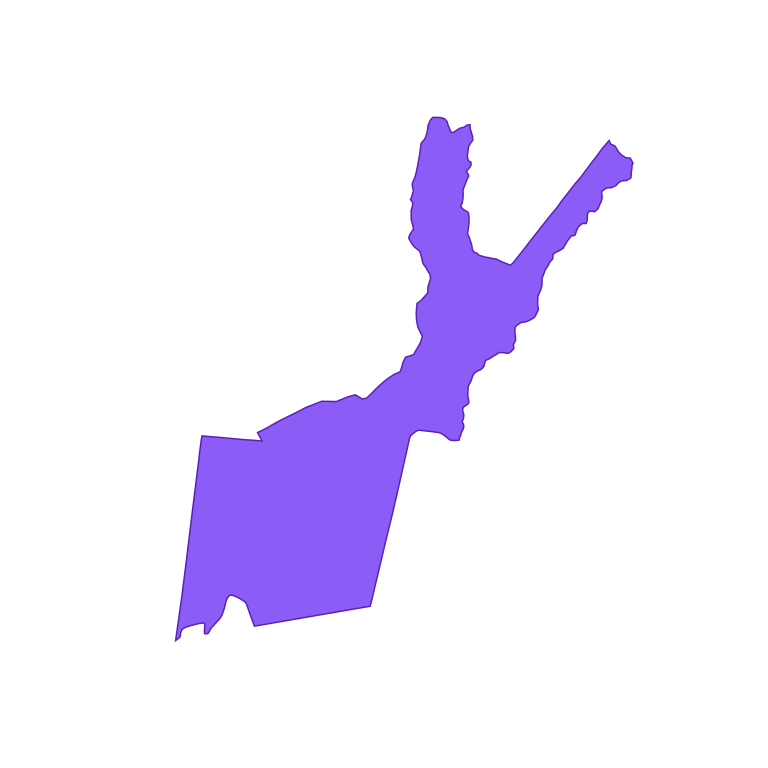 Borabu, Nyanza, Kenya, rotated 38°
{"feature_id": "3690345B58519462810575", "entity_name": "Borabu", "entity_type": "district", "adm_level": 2, "iso_a3": "KEN", "parent_name": "Kenya", "parent_adm1": "Nyanza", "projection": "albers", "projection_center": [35.021, -0.692], "detail": "fine", "context": "isolated", "style": "filled", "palette": "violet", "viewbox_px": 768, "rotation_deg": 38, "n_neighbors": 0, "source": "geoboundaries", "source_scale": "gbopen_adm2", "svg_char_len": 5432}
<svg xmlns="http://www.w3.org/2000/svg" viewBox="0 0 768 768"><g transform="rotate(38 384 384)"><path d="M411.5,53.6L411.0,63.3L411.3,74.5L411.3,80.2L411.7,100.1L411.3,108.9L411.3,117.0L411.3,130.4L411.7,137.7L411.5,144.9L411.3,149.6L411.2,175.8L411.2,181.4L411.3,193.3L411.2,200.6L411.2,207.7L410.6,212.6L406.3,213.8L402.9,214.8L399.5,215.6L395.3,216.5L392.3,218.3L388.7,220.0L385.7,221.7L382.5,222.9L380.1,224.0L376.6,223.7L373.7,224.7L370.7,223.5L367.6,220.5L361.1,216.1L357.3,214.1L354.8,209.7L351.4,204.0L347.1,198.9L344.4,196.9L339.0,197.6L335.2,197.1L334.2,193.3L332.5,190.0L331.0,187.8L329.3,185.3L327.5,183.6L326.3,180.9L325.3,178.0L324.3,174.5L323.1,170.4L322.9,168.1L320.7,166.7L317.9,165.5L318.2,161.1L317.9,158.1L316.0,155.7L313.1,156.1L310.3,154.2L308.6,151.9L304.5,144.9L303.9,140.6L303.9,137.4L301.7,134.7L298.0,132.0L294.9,129.8L292.1,126.7L290.1,128.8L288.9,132.5L286.3,135.7L285.0,139.4L284.0,142.6L282.3,144.4L279.3,143.0L277.0,141.6L274.8,140.4L272.2,138.4L268.6,137.7L265.1,138.9L261.9,141.1L259.6,142.8L258.3,143.9L258.0,147.4L259.2,152.1L259.8,153.6L260.9,155.4L262.6,158.3L263.2,159.6L263.8,161.2L264.9,164.1L265.2,165.9L265.2,167.5L265.1,171.3L266.8,174.5L269.2,178.4L270.5,180.7L272.5,184.4L274.2,187.6L275.0,189.3L275.7,190.5L277.4,193.9L278.6,196.3L280.5,200.6L281.1,202.1L281.6,204.0L282.2,206.6L283.0,208.7L283.8,209.9L286.7,212.3L288.3,213.8L289.7,217.3L290.9,220.4L291.2,222.4L294.2,223.0L295.7,224.4L297.1,226.7L298.6,230.6L301.7,234.5L304.4,237.9L307.2,239.9L309.1,241.3L311.8,243.7L312.1,246.1L312.1,247.5L312.3,250.3L313.0,252.4L313.7,253.9L316.6,255.1L317.9,255.7L319.6,256.2L322.6,257.1L323.9,257.3L325.6,257.3L330.4,257.3L332.2,258.6L335.6,261.0L339.2,264.1L340.8,265.0L342.5,265.7L345.5,266.5L347.7,267.5L351.0,268.8L352.6,269.2L355.7,272.2L357.2,276.0L359.0,280.8L360.6,282.8L362.4,285.3L362.0,292.3L361.9,293.7L361.7,295.8L360.4,300.1L362.7,303.8L365.8,308.4L368.8,311.9L369.8,313.1L371.3,314.5L375.6,318.3L377.9,319.5L382.8,321.8L384.9,322.8L387.2,328.8L388.2,335.3L388.6,339.0L388.9,340.7L389.2,342.4L387.4,345.6L384.5,349.5L385.6,355.0L388.2,361.2L389.1,364.9L386.2,369.9L383.8,376.8L382.3,382.9L381.3,388.6L380.6,393.2L380.0,399.3L379.4,403.0L378.9,406.2L377.9,407.0L376.2,409.1L372.4,409.7L368.0,410.2L363.8,415.8L357.3,427.1L345.5,436.0L340.5,444.6L336.9,450.5L333.9,457.3L324.9,476.0L321.9,482.9L318.9,490.3L316.7,495.2L314.2,500.1L323.1,504.0L315.9,508.6L308.8,513.5L290.4,525.3L285.3,528.6L277.6,533.7L272.6,536.8L274.2,540.2L280.4,550.7L285.2,558.5L304.9,591.5L323.6,622.6L336.6,644.2L354.7,674.5L377.7,714.4L379.0,709.9L378.8,708.5L378.0,706.9L377.0,705.4L376.4,703.8L376.1,702.0L376.4,700.3L376.9,699.0L377.6,697.6L379.8,694.3L383.5,689.4L386.3,685.9L388.6,683.6L390.4,683.2L391.9,685.4L393.2,687.0L394.4,689.1L396.3,691.2L397.8,690.3L398.9,688.9L398.6,686.2L398.2,684.0L398.1,682.7L398.5,677.4L398.7,675.0L398.8,673.2L399.0,670.8L399.0,669.4L398.9,667.8L398.5,665.2L397.7,663.2L397.2,661.7L396.3,659.1L395.3,656.8L394.7,655.6L393.6,653.0L392.9,651.4L392.5,650.0L392.2,646.0L393.5,644.6L395.6,643.4L397.5,642.9L399.6,642.3L402.9,641.8L405.4,641.5L409.5,641.3L412.7,643.1L421.0,648.4L430.9,654.6L431.8,653.7L459.4,623.3L501.2,577.2L510.0,567.6L506.8,560.5L504.7,555.9L500.7,547.3L481.5,505.4L480.0,502.1L470.7,481.4L458.9,456.1L437.7,411.3L436.8,408.4L437.6,404.3L438.1,402.5L438.6,401.1L439.5,399.3L440.7,398.4L444.0,396.4L450.8,392.2L455.9,389.2L457.3,388.5L458.9,387.9L460.7,387.5L463.5,387.4L465.1,387.4L466.8,387.4L469.0,387.6L470.9,387.4L474.1,385.4L477.8,381.9L476.8,380.0L476.2,378.6L476.1,377.1L475.0,375.3L474.5,372.8L474.2,370.7L472.8,368.0L471.2,366.7L469.4,366.1L468.6,364.9L468.2,363.3L467.4,361.4L466.3,359.9L465.5,358.7L464.1,357.8L462.8,356.9L461.8,355.8L461.0,354.0L461.1,352.2L461.8,350.4L462.4,348.6L462.4,346.6L461.1,345.1L458.6,342.8L457.5,341.8L456.3,340.5L455.2,338.8L454.1,337.3L452.9,335.8L452.3,334.6L451.7,333.4L451.3,332.1L451.2,330.7L450.9,329.0L450.5,327.5L449.7,325.3L449.0,323.2L448.6,321.0L448.8,319.4L449.1,317.4L449.9,315.6L451.3,313.3L451.8,310.6L451.9,308.6L451.1,306.9L450.3,305.3L449.7,303.3L450.2,301.3L451.4,299.4L452.0,297.7L452.6,296.0L453.4,293.7L454.2,292.0L454.6,290.6L455.0,289.3L456.0,287.8L457.4,286.7L459.2,285.6L460.6,284.8L462.2,284.0L463.4,282.5L464.1,280.5L464.4,278.1L464.4,276.2L463.6,275.1L462.0,273.7L461.4,272.0L461.2,270.2L460.6,268.4L459.6,267.0L458.3,265.7L456.6,263.9L454.5,261.8L452.3,258.3L452.5,256.3L453.9,251.5L456.4,248.9L457.5,247.6L458.3,246.4L459.4,244.3L460.0,242.9L461.4,239.5L461.3,237.0L460.8,234.6L460.0,230.7L458.0,228.5L456.1,226.7L453.7,223.6L451.4,220.2L450.4,217.1L449.5,213.2L447.7,209.1L446.7,207.6L445.6,206.1L443.6,203.6L442.6,200.3L441.0,195.6L440.6,193.3L440.4,189.7L439.6,185.7L439.9,181.5L437.4,177.7L438.2,174.6L439.5,172.1L440.5,170.0L441.6,166.8L441.2,164.3L441.0,162.0L440.4,158.3L440.5,154.7L440.3,152.3L442.8,149.4L442.2,147.0L441.5,145.3L441.0,143.6L440.5,141.2L440.4,139.9L441.5,135.4L444.5,133.1L443.3,129.9L442.6,128.7L441.3,127.2L439.4,124.1L439.5,121.0L443.8,118.6L444.8,114.3L443.5,109.7L443.1,107.8L442.8,106.4L441.3,103.0L437.0,98.4L438.5,92.8L440.0,91.3L442.5,89.1L444.6,84.9L444.8,81.7L445.5,78.9L446.5,77.4L449.8,74.3L451.4,70.8L451.5,69.2L448.3,64.5L446.5,61.3L444.3,58.2L444.5,56.9L441.8,55.6L439.0,54.4L435.3,56.8L433.4,57.0L430.2,57.3L426.3,56.8L422.6,55.4L420.1,54.5L418.6,54.4L415.2,55.4L411.5,53.6Z" fill="#8b5cf6" stroke="#5b21b6" stroke-width="1.5"/></g></svg>